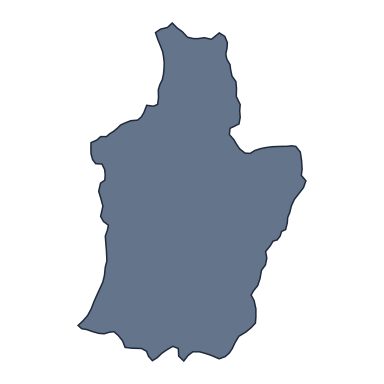 Congonhal, Minas Gerais, Brazil (Natural Earth projection)
{"feature_id": "56859067B12775291475063", "entity_name": "Congonhal", "entity_type": "district", "adm_level": 2, "iso_a3": "BRA", "parent_name": "Brazil", "parent_adm1": "Minas Gerais", "projection": "natural_earth1", "projection_center": [-46.043, -22.132], "detail": "fine", "context": "isolated", "style": "filled", "palette": "slate", "viewbox_px": 384, "rotation_deg": 0, "n_neighbors": 0, "source": "geoboundaries", "source_scale": "gbopen_adm2", "svg_char_len": 2096}
<svg xmlns="http://www.w3.org/2000/svg" viewBox="0 0 384 384"><path d="M183.8,361.0L188.0,355.5L192.8,351.8L199.5,351.8L204.0,353.0L211.1,355.3L219.1,358.8L225.2,356.6L229.3,353.0L232.3,348.5L234.8,343.1L238.8,336.3L245.9,332.0L251.1,327.7L255.4,323.1L255.9,317.0L255.9,308.9L254.1,300.6L251.1,295.1L253.5,290.8L257.7,285.6L260.0,278.6L261.5,270.2L265.4,265.0L266.8,258.2L265.6,251.5L270.0,246.1L273.1,241.1L277.2,239.9L280.1,236.1L281.6,231.4L285.6,229.6L287.3,222.8L287.7,217.4L289.7,212.7L291.4,205.8L294.3,199.5L298.7,193.8L303.5,187.6L305.9,180.8L301.3,175.4L302.1,169.4L301.6,160.8L300.3,152.0L295.8,146.4L291.6,145.8L287.3,146.3L280.1,146.4L272.4,146.7L266.3,147.5L260.7,148.6L254.8,150.5L250.2,153.4L245.0,153.1L239.6,148.8L236.3,143.9L233.8,139.6L229.4,134.7L230.0,128.3L234.1,126.4L239.0,123.9L240.2,117.4L239.7,110.7L240.2,104.6L236.3,96.5L236.5,88.2L235.9,81.6L232.0,76.1L230.7,70.0L230.0,64.6L226.8,59.1L225.8,54.0L227.0,48.4L227.4,42.7L224.8,36.4L219.3,32.9L215.6,35.9L211.4,39.3L204.4,37.7L198.2,38.6L193.4,38.6L187.4,37.2L182.4,31.8L177.2,28.0L172.2,23.0L167.4,27.5L160.6,29.1L155.5,32.6L157.6,38.9L160.3,45.6L162.6,51.5L163.5,56.5L164.2,62.4L164.0,68.6L163.5,74.0L162.3,79.7L159.9,84.6L158.3,89.8L158.5,97.6L157.6,104.4L153.5,106.2L146.7,105.3L143.9,112.6L141.2,117.1L137.6,120.1L130.8,120.7L124.7,123.1L120.6,125.0L117.4,128.2L113.8,131.2L109.8,133.7L106.4,136.6L100.7,136.6L96.6,140.2L91.0,142.6L90.9,148.0L91.0,153.7L92.6,159.6L95.7,163.7L101.9,164.0L104.6,169.4L105.2,174.8L104.8,180.2L100.5,183.2L98.7,191.4L100.7,197.9L102.9,206.0L101.9,210.8L100.6,216.3L103.5,221.5L108.4,225.2L107.4,230.2L105.3,236.1L105.8,243.1L106.4,250.4L106.9,260.8L105.3,267.0L104.4,275.7L102.8,282.1L100.1,288.1L97.1,294.6L93.9,301.9L91.2,308.9L87.5,315.7L83.0,320.8L78.1,325.5L81.7,328.7L86.6,329.5L91.9,331.4L98.5,333.3L104.1,333.8L109.4,332.2L113.9,331.7L118.3,335.5L122.6,340.9L125.1,347.4L131.9,348.2L141.5,348.5L146.5,351.2L148.5,356.3L152.4,360.7L157.2,357.7L162.0,353.1L166.7,349.9L172.8,346.3L178.3,348.5L178.7,356.1L183.8,361.0Z" fill="#64748b" stroke="#1e293b" stroke-width="1.5"/></svg>